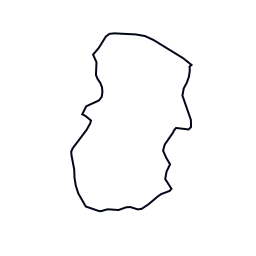 an SVG outline of Gombe, rotated 214°
{"feature_id": "NGA-2859", "entity_name": "Gombe", "entity_type": "State", "adm_level": 1, "iso_a3": "NGA", "parent_name": "Nigeria", "parent_adm1": "", "projection": "orthographic", "projection_center": [11.213, 10.454], "detail": "fine", "context": "isolated", "style": "outline", "palette": "ink", "viewbox_px": 256, "rotation_deg": 214, "n_neighbors": 0, "source": "natural_earth", "source_scale": "10m", "svg_char_len": 902}
<svg xmlns="http://www.w3.org/2000/svg" viewBox="0 0 256 256"><g transform="rotate(214 128 128)"><path d="M110.6,215.8L111.3,213.3L109.1,210.5L106.2,204.7L104.6,198.5L103.9,191.9L101.0,185.3L80.4,169.9L76.3,164.1L76.9,160.7L88.2,154.9L88.5,152.0L88.1,149.0L88.3,134.9L86.3,128.9L79.9,124.8L72.8,121.4L71.7,113.5L68.6,106.5L58.0,101.9L58.3,99.1L63.5,91.8L65.0,88.0L68.4,76.1L71.5,68.6L74.4,66.0L82.0,63.7L85.2,61.2L90.0,54.7L99.3,49.3L101.7,46.7L103.3,44.5L105.3,43.0L119.1,39.3L132.7,46.0L139.0,51.0L144.5,56.8L149.3,63.4L159.7,73.9L161.8,76.6L162.5,80.0L161.3,103.3L161.9,110.5L162.8,113.5L169.8,114.2L173.6,113.8L174.8,122.6L167.5,134.6L167.2,139.0L169.3,143.5L172.4,147.3L176.2,149.9L180.5,151.6L184.2,154.0L190.9,164.9L198.0,169.3L197.0,178.1L197.5,191.5L196.0,195.7L192.3,198.8L173.9,209.9L165.4,213.7L156.2,215.2L121.2,216.7L110.6,215.8Z" fill="none" stroke="#020617" stroke-width="2"/></g></svg>